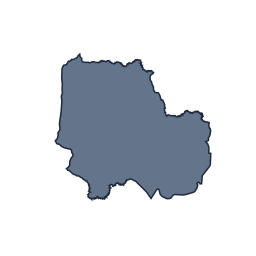 Waritchaphum, Sakon Nakhon, Thailand, rotated 61°
{"feature_id": "78962969B22667703415616", "entity_name": "Waritchaphum", "entity_type": "district", "adm_level": 2, "iso_a3": "THA", "parent_name": "Thailand", "parent_adm1": "Sakon Nakhon", "projection": "albers", "projection_center": [103.61, 17.26], "detail": "fine", "context": "isolated", "style": "filled", "palette": "slate", "viewbox_px": 256, "rotation_deg": 61, "n_neighbors": 0, "source": "geoboundaries", "source_scale": "gbopen_adm2", "svg_char_len": 5778}
<svg xmlns="http://www.w3.org/2000/svg" viewBox="0 0 256 256"><g transform="rotate(61 128 128)"><path d="M200.8,142.0L195.9,133.0L195.9,131.4L196.1,131.0L196.9,130.7L201.5,132.0L204.5,131.3L208.1,128.7L208.9,127.9L209.8,126.0L210.0,124.4L208.7,121.2L208.7,119.5L213.3,112.3L214.3,109.4L216.0,101.8L215.7,99.9L214.1,97.1L211.7,94.6L210.0,94.8L209.5,93.6L209.6,92.4L211.6,92.2L212.5,90.7L206.1,86.4L205.5,85.7L201.1,75.2L199.7,73.6L190.3,67.9L189.1,69.6L186.7,68.0L183.7,66.5L180.0,66.0L177.5,66.7L177.9,63.8L177.1,63.0L175.7,62.7L174.8,60.8L172.8,58.7L171.7,58.3L171.0,57.3L169.2,56.7L168.1,56.4L167.6,56.8L165.2,56.3L162.6,54.4L162.1,55.1L161.3,55.5L160.8,56.7L160.1,57.1L159.6,58.1L158.9,58.1L158.1,59.0L156.8,58.9L156.7,59.3L156.2,59.6L155.4,59.5L154.8,58.1L154.0,58.5L153.6,58.1L154.2,57.5L154.2,56.7L153.4,56.6L153.3,57.0L153.0,56.8L152.7,57.1L152.2,56.5L151.8,56.7L151.8,56.1L150.8,56.3L151.2,57.2L150.7,57.2L150.8,57.6L150.5,57.5L150.2,58.1L149.7,57.9L149.7,58.2L149.1,58.5L148.5,58.3L147.6,58.7L147.6,59.4L147.2,59.0L146.8,59.3L146.7,60.6L146.0,60.7L146.3,60.8L146.0,61.1L146.4,61.9L145.9,62.9L146.3,63.6L145.9,63.8L146.3,64.5L145.5,64.9L145.6,65.1L145.2,65.4L145.2,65.9L144.8,65.9L145.1,66.3L142.4,67.3L142.4,67.7L142.2,67.9L141.9,67.5L141.2,67.9L141.3,69.0L141.0,69.4L141.3,70.6L142.0,70.8L142.3,71.3L142.2,72.1L142.4,72.7L142.0,73.6L142.1,73.9L142.8,74.0L142.0,74.5L142.3,75.7L142.9,75.9L142.5,76.2L142.9,76.7L142.6,77.1L143.0,77.0L143.0,77.4L142.4,77.5L142.7,78.2L141.8,78.7L141.8,80.5L139.9,80.9L139.5,81.8L139.5,82.4L139.2,82.4L139.2,83.0L138.3,83.8L137.8,85.1L136.7,85.6L136.3,86.5L135.9,86.6L136.4,88.5L133.3,88.3L132.6,87.6L132.0,88.3L130.7,87.5L128.6,86.9L128.8,85.8L126.7,85.4L125.3,84.6L121.8,84.2L120.4,84.1L120.2,84.8L119.6,84.8L119.2,85.5L115.2,84.4L111.9,84.4L109.9,87.2L106.8,87.1L104.0,85.7L103.0,85.9L99.7,85.4L99.0,85.0L96.6,85.4L96.0,84.7L94.6,84.5L92.8,82.8L92.4,79.4L91.8,78.7L90.6,79.7L89.6,79.5L89.0,80.0L89.2,80.3L88.7,81.0L88.9,81.5L88.2,81.7L88.2,82.0L87.6,82.5L87.9,82.7L87.7,83.3L88.0,83.6L87.4,83.9L87.7,84.2L87.1,84.2L86.9,84.8L86.2,85.3L85.5,85.2L84.0,86.2L84.0,86.7L82.6,85.9L82.2,86.2L82.1,85.7L81.3,86.0L80.6,85.4L80.6,85.7L80.1,86.1L79.4,85.6L79.2,86.1L78.9,85.7L78.6,85.8L78.3,85.5L77.6,85.8L77.8,85.5L77.6,84.9L77.3,85.3L77.1,84.8L75.2,84.6L74.9,84.2L73.3,86.1L73.2,86.8L72.9,87.2L72.6,87.0L72.3,87.7L72.6,87.9L72.0,88.6L72.3,89.7L73.1,89.9L73.0,90.9L72.6,91.1L72.9,91.8L72.6,91.9L73.3,93.5L72.7,94.5L72.3,94.6L71.8,95.3L72.1,95.3L71.7,97.1L72.0,97.2L71.8,97.4L72.3,97.5L72.1,97.7L72.3,98.5L72.9,99.1L72.7,99.5L73.1,100.2L72.3,101.8L71.9,102.0L71.4,101.5L70.7,102.7L69.7,102.3L68.9,102.4L68.9,102.7L67.6,102.7L67.8,103.3L67.3,103.2L66.9,103.8L66.3,103.9L65.7,104.5L65.3,105.7L65.0,105.6L64.7,106.1L65.1,106.7L64.9,107.2L65.1,107.9L64.8,107.9L65.1,108.3L64.9,109.6L64.0,109.9L63.0,111.3L62.7,111.3L62.8,110.9L62.4,110.9L62.0,111.5L61.5,111.5L61.3,111.8L60.8,111.6L60.7,111.9L60.3,111.8L59.7,112.3L59.2,113.2L59.4,113.4L59.1,113.8L59.4,114.4L59.1,115.4L58.0,116.3L58.2,116.6L57.9,117.2L57.6,117.5L57.2,117.3L56.3,118.0L56.1,119.6L56.5,120.1L56.9,120.0L56.8,120.9L56.3,121.2L56.5,122.5L55.6,123.3L55.1,124.4L53.5,125.7L53.1,126.4L53.1,127.2L52.6,127.9L52.7,129.6L52.3,130.2L51.5,130.5L49.9,133.5L48.2,135.5L47.6,135.9L46.3,135.7L45.0,134.8L42.4,135.3L40.0,134.4L40.5,136.3L41.5,138.1L41.7,139.1L41.7,141.7L41.3,143.1L40.6,144.1L41.4,145.8L41.3,146.6L40.9,147.0L41.0,148.5L41.9,149.6L42.7,151.4L41.9,154.0L43.8,156.7L52.3,161.8L57.8,164.2L62.5,167.1L65.5,168.4L66.5,169.2L67.1,170.2L68.6,171.3L71.9,172.5L81.2,178.5L91.0,185.9L95.8,187.9L96.7,188.8L98.5,191.9L100.2,192.3L103.1,195.1L103.8,197.6L104.2,197.9L107.3,197.8L109.1,195.9L111.9,195.0L113.9,193.7L116.5,191.2L118.6,188.5L120.6,188.3L121.8,189.0L124.7,189.1L125.7,189.7L126.7,192.2L129.0,195.2L132.4,197.0L133.0,198.2L133.8,201.6L134.5,201.1L135.7,201.2L136.5,200.1L142.1,198.2L143.5,196.6L145.2,195.9L145.4,195.2L146.7,193.8L147.9,193.6L149.6,192.2L151.3,192.0L152.6,191.0L153.8,190.7L153.9,189.9L154.7,189.6L155.8,190.0L156.6,189.6L158.1,189.4L158.5,189.6L158.5,190.0L159.0,190.0L159.3,189.6L159.8,190.3L160.6,190.2L161.5,190.8L162.4,190.5L162.5,191.5L163.2,191.5L163.2,191.8L163.7,191.9L163.7,192.3L164.2,192.3L164.3,192.6L164.5,192.2L165.1,192.4L165.6,192.2L165.4,192.6L166.6,194.4L166.7,195.3L167.3,195.2L168.8,196.3L169.4,195.8L169.7,195.9L171.2,195.3L171.4,194.4L172.3,194.5L172.3,194.2L172.6,194.2L172.3,194.0L172.3,193.4L172.9,192.7L173.0,191.7L173.5,191.1L173.7,191.3L173.6,190.7L173.9,190.9L174.1,190.2L173.3,190.1L173.3,188.3L173.7,188.6L173.8,188.2L174.7,188.1L174.6,187.8L175.0,188.0L175.2,187.5L175.5,187.6L175.6,186.4L176.4,186.1L176.2,185.9L176.4,185.1L177.9,184.6L178.0,183.6L177.6,183.6L178.2,182.7L178.6,182.7L177.8,181.4L177.1,181.7L177.2,181.0L177.0,180.7L177.9,180.3L177.5,180.2L177.2,179.0L176.7,179.0L176.9,177.9L176.5,178.0L176.4,177.3L176.1,177.2L176.5,176.8L176.2,176.4L175.5,176.3L175.7,175.8L175.4,175.4L174.2,174.9L174.1,174.5L173.8,174.6L173.5,174.0L172.5,173.4L172.1,173.7L171.4,173.5L171.8,172.6L171.3,172.8L171.3,172.2L170.9,172.5L170.0,172.1L169.5,172.4L169.6,171.9L168.9,171.3L169.3,170.7L169.1,170.2L169.8,169.4L172.1,169.6L171.9,169.5L172.0,169.2L171.7,168.3L171.9,167.6L171.4,167.4L172.0,166.7L171.4,166.5L170.6,165.3L171.0,165.0L170.8,163.6L171.0,163.2L171.4,163.5L171.8,163.5L172.0,163.1L173.1,163.2L173.2,162.7L173.7,162.8L174.3,162.2L173.7,161.7L173.5,161.9L173.5,161.6L173.8,161.2L174.0,161.5L174.6,161.3L174.6,160.6L175.8,159.7L175.0,159.3L175.2,159.1L174.9,158.9L175.1,158.7L174.8,157.9L174.8,156.7L173.7,156.3L173.3,155.5L173.6,155.2L173.0,154.9L173.2,154.5L172.7,154.0L173.4,153.3L173.7,150.7L174.9,149.4L176.9,148.3L177.5,147.5L178.2,147.1L192.9,142.8L200.8,142.0Z" fill="#64748b" stroke="#1e293b" stroke-width="1.5"/></g></svg>